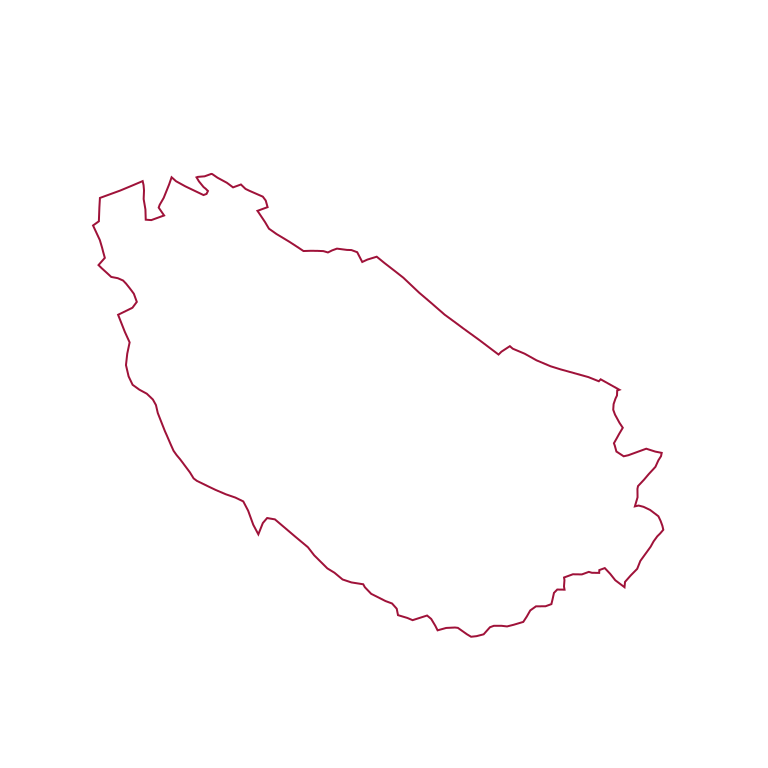 Sharbazher, As-Sulaymaniyah, Iraq (Mercator projection), rotated 160°
{"feature_id": "34846034B48461077478738", "entity_name": "Sharbazher", "entity_type": "district", "adm_level": 2, "iso_a3": "IRQ", "parent_name": "Iraq", "parent_adm1": "As-Sulaymaniyah", "projection": "mercator", "projection_center": [45.575, 35.704], "detail": "fine", "context": "isolated", "style": "outline", "palette": "rose", "viewbox_px": 768, "rotation_deg": 160, "n_neighbors": 0, "source": "geoboundaries", "source_scale": "gbopen_adm2", "svg_char_len": 3118}
<svg xmlns="http://www.w3.org/2000/svg" viewBox="0 0 768 768"><g transform="rotate(160 384 384)"><path d="M512.9,650.9L517.6,645.1L527.4,634.2L533.5,629.1L535.4,626.8L533.0,617.6L541.9,617.6L546.6,617.6L551.7,619.9L548.5,629.6L546.6,640.0L543.3,648.0L541.9,653.2L541.4,657.2L552.7,656.6L565.8,656.0L578.4,656.0L587.3,656.0L591.0,647.4L596.3,634.4L603.2,632.5L601.8,616.4L602.3,608.4L602.7,604.4L603.2,598.0L611.6,593.4L609.7,589.4L605.5,581.4L603.7,577.9L598.0,574.5L593.8,570.5L592.0,566.4L590.1,560.7L588.2,554.4L588.2,545.7L594.3,541.7L610.2,540.0L609.7,521.6L608.8,510.1L614.9,500.3L620.0,490.0L621.4,478.5L620.5,469.2L615.8,462.3L610.2,456.0L606.5,448.5L605.5,442.2L606.5,434.1L606.0,414.6L605.7,410.5L605.1,400.2L604.6,393.2L603.2,388.1L601.3,382.9L596.6,367.3L595.2,360.4L592.9,356.9L584.0,347.7L578.4,342.0L570.4,334.5L562.5,328.1L556.4,321.8L555.4,314.4L555.0,311.4L555.0,302.2L555.0,296.4L553.5,285.7L545.4,294.8L539.7,298.0L532.8,294.1L519.2,270.2L511.3,256.6L508.2,246.9L500.3,230.1L495.1,223.6L489.8,214.5L482.5,208.7L472.0,202.9L471.5,199.6L467.8,191.2L456.8,179.5L451.5,175.0L448.9,168.5L449.9,162.0L442.1,156.2L437.9,152.3L422.7,151.7L420.0,147.1L418.5,139.3L417.9,134.2L409.0,133.5L400.6,130.9L398.0,129.6L391.7,120.5L388.6,116.7L383.3,115.4L376.0,114.7L367.6,119.2L363.4,119.2L359.0,117.6L356.5,116.7L351.3,114.1L344.5,113.4L334.5,112.8L329.3,116.7L324.0,121.2L317.2,123.1L308.3,119.9L302.0,119.9L299.4,123.8L295.7,129.6L291.5,131.6L284.7,129.0L284.1,132.2L281.5,138.0L281.0,140.6L277.8,140.6L271.6,140.6L263.2,137.4L255.8,137.4L253.2,135.5L246.4,132.9L245.3,135.5L239.5,135.5L236.4,128.3L233.8,120.5L227.5,110.8L225.2,115.6L217.7,119.7L209.3,123.7L203.6,130.1L189.1,139.9L184.5,143.9L179.3,147.4L175.6,149.1L171.4,151.5L170.9,155.5L170.9,160.7L171.4,165.9L177.0,174.6L182.1,179.8L186.3,182.7L190.1,183.2L184.5,190.8L181.7,198.8L180.2,201.2L172.3,205.2L166.2,208.7L157.3,213.3L152.2,218.5L148.4,221.4L146.6,224.3L152.2,227.7L159.7,233.5L171.4,233.5L178.8,233.5L183.5,234.1L188.2,240.4L188.7,241.0L188.2,247.3L188.2,249.7L183.5,253.7L180.2,256.6L174.6,261.2L176.0,267.0L177.4,276.2L177.4,281.4L175.1,286.6L171.4,291.2L169.0,293.5L167.1,298.1L164.8,298.1L171.8,306.2L178.8,314.3L181.2,313.1L189.6,320.6L213.0,337.3L221.4,343.7L232.6,354.1L241.5,364.4L250.9,373.1L252.8,376.5L262.6,374.2L266.3,372.5L279.4,392.7L290.7,409.4L293.5,413.7L303.3,428.4L312.2,444.5L319.7,457.7L329.5,477.3L335.6,487.1L342.1,497.4L347.3,506.1L357.1,506.6L362.7,506.1L363.6,513.0L364.1,517.0L368.8,521.0L373.0,522.7L381.9,527.3L387.0,527.3L391.7,526.8L395.5,529.6L401.1,531.9L407.2,534.2L414.2,536.5L417.5,541.0L424.5,550.3L433.8,561.8L439.0,569.3L440.4,576.8L443.2,588.2L443.7,590.0L443.2,590.0L437.6,590.0L432.9,590.0L432.5,595.4L432.4,596.9L432.5,597.2L433.8,601.5L444.6,611.8L447.4,614.7L450.2,620.4L458.6,620.4L462.8,626.8L469.9,634.8L473.6,640.0L474.5,640.5L481.5,640.5L488.1,642.3L489.1,642.3L489.5,642.3L489.1,640.4L488.6,637.7L486.2,630.8L484.8,628.5L484.0,626.8L483.4,625.6L484.0,625.0L485.8,623.3L489.0,623.3L503.1,637.7L510.1,645.7L512.0,649.3L512.9,650.9Z" fill="none" stroke="#9f1239" stroke-width="2"/></g></svg>